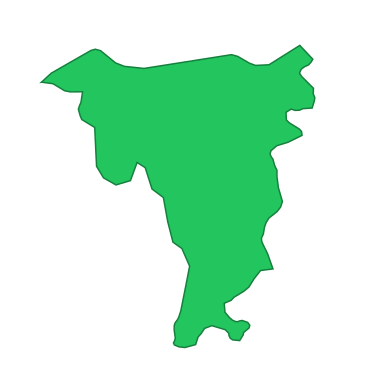 Saldus, orthographic projection, rotated 173°
{"feature_id": "LVA-1068", "entity_name": "Saldus", "entity_type": "Municipality", "adm_level": 1, "iso_a3": "LVA", "parent_name": "Latvia", "parent_adm1": "", "projection": "orthographic", "projection_center": [22.32, 56.635], "detail": "fine", "context": "isolated", "style": "filled", "palette": "green", "viewbox_px": 384, "rotation_deg": 173, "n_neighbors": 0, "source": "natural_earth", "source_scale": "10m", "svg_char_len": 1652}
<svg xmlns="http://www.w3.org/2000/svg" viewBox="0 0 384 384"><g transform="rotate(173 192 192)"><path d="M136.1,323.5L130.2,321.1L119.2,312.8L113.5,309.9L100.1,308.9L67.1,324.4L66.9,324.2L66.4,323.3L55.9,309.1L57.7,306.7L60.7,304.0L65.3,302.5L68.5,300.7L70.8,297.0L69.1,293.3L58.8,280.1L59.7,274.6L58.6,270.8L59.4,267.7L62.5,260.7L71.7,261.2L75.2,260.1L79.6,260.4L83.5,262.2L89.0,259.6L89.5,251.9L87.0,248.8L77.9,241.5L75.9,238.8L75.9,234.8L90.5,229.7L102.2,227.6L108.5,223.4L109.9,220.3L109.1,217.3L107.7,214.8L106.8,208.6L105.9,205.6L105.0,203.3L105.8,196.9L105.7,185.6L103.4,171.5L106.0,166.1L109.9,162.2L118.9,156.7L122.2,152.5L124.3,148.3L126.3,141.6L128.7,137.7L128.8,134.5L127.8,131.0L124.5,121.5L121.0,105.8L133.5,105.7L141.0,98.3L147.1,90.7L152.6,87.2L163.2,82.4L166.4,79.7L173.6,77.6L173.9,68.6L170.2,62.9L167.5,59.9L164.6,58.1L162.6,57.7L160.2,58.3L157.9,58.4L152.6,55.8L150.9,52.6L151.9,50.1L157.9,46.2L158.6,43.9L162.8,38.7L169.8,40.3L172.0,42.4L172.8,45.0L172.7,47.2L175.8,51.3L188.6,56.9L196.1,55.1L200.4,50.1L203.6,47.4L207.0,40.1L218.0,38.5L223.8,39.9L228.1,42.3L228.8,44.5L227.4,46.5L226.4,49.1L226.5,57.5L225.9,61.7L224.6,64.3L222.2,66.8L220.5,69.2L217.6,75.4L209.4,100.2L203.4,118.7L208.9,137.1L217.0,144.5L219.7,165.4L221.1,190.0L231.3,199.8L235.5,221.9L242.9,228.0L251.7,210.8L266.6,208.3L278.1,216.8L283.6,229.1L280.7,267.9L292.6,277.4L293.7,281.3L294.7,288.0L293.1,291.5L291.3,294.5L288.4,304.8L300.6,306.2L306.1,308.0L316.8,316.4L327.7,319.3L328.1,319.3L317.2,327.1L275.1,344.8L270.6,345.5L265.5,343.4L252.2,329.5L244.3,325.2L243.6,324.9L224.5,320.5L136.1,323.5Z" fill="#22c55e" stroke="#15803d" stroke-width="1.5"/></g></svg>